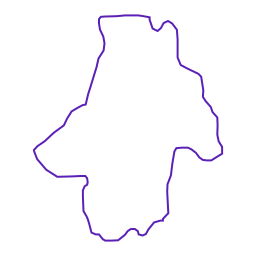 Kočani, Robinson projection
{"feature_id": "MKD-2939", "entity_name": "Kočani", "entity_type": "Statistical Region", "adm_level": 1, "iso_a3": "MKD", "parent_name": "North Macedonia", "parent_adm1": "", "projection": "robinson", "projection_center": [22.392, 41.974], "detail": "fine", "context": "isolated", "style": "outline", "palette": "violet", "viewbox_px": 256, "rotation_deg": 0, "n_neighbors": 0, "source": "natural_earth", "source_scale": "10m", "svg_char_len": 1394}
<svg xmlns="http://www.w3.org/2000/svg" viewBox="0 0 256 256"><path d="M34.1,151.0L33.9,150.1L37.5,146.1L44.6,141.3L53.5,133.0L63.9,125.3L67.2,118.4L71.6,111.4L77.1,108.1L82.5,105.2L85.7,104.5L88.1,94.3L90.8,85.9L91.9,82.2L96.5,67.3L98.5,58.5L103.6,50.5L104.5,43.2L103.3,36.6L100.0,29.6L99.0,23.5L99.0,21.8L99.0,19.1L100.9,16.8L105.5,16.5L116.4,16.2L125.1,15.4L129.9,15.4L135.2,15.4L138.2,15.4L141.8,15.9L149.6,17.3L149.6,19.7L152.6,28.5L157.5,31.0L160.9,28.1L163.6,23.1L168.0,21.0L172.2,23.5L176.9,29.8L177.6,39.4L177.6,57.5L180.7,65.0L187.9,68.8L198.5,73.9L201.2,76.8L203.3,90.3L202.9,96.9L205.6,101.1L210.8,107.0L212.5,112.0L217.3,117.5L217.6,125.5L217.3,134.7L218.7,141.4L222.1,146.9L222.1,153.7L218.8,155.7L211.3,160.4L206.9,160.4L202.8,159.9L199.3,157.4L195.9,152.8L191.5,149.4L188.0,147.7L181.9,147.7L176.4,148.1L174.4,151.5L172.4,163.3L170.9,175.4L167.5,184.3L167.2,191.8L168.3,213.2L163.1,218.7L162.9,220.6L160.4,220.6L154.1,222.4L148.5,229.3L145.8,234.1L142.5,235.5L138.7,234.4L137.8,231.1L134.8,229.0L130.9,229.0L127.7,231.1L125.0,234.8L118.1,240.3L111.3,240.6L106.1,240.6L105.2,240.6L102.8,239.2L98.9,234.4L95.7,234.4L91.5,232.6L89.1,223.5L87.9,219.5L86.5,216.2L83.5,211.1L82.9,196.5L82.9,190.3L84.7,186.2L87.1,184.8L87.7,182.2L87.1,178.2L85.3,176.0L80.2,176.0L72.2,176.4L57.3,176.8L46.3,169.8L37.2,159.2L34.2,151.6L34.1,151.0Z" fill="none" stroke="#5b21b6" stroke-width="2"/></svg>